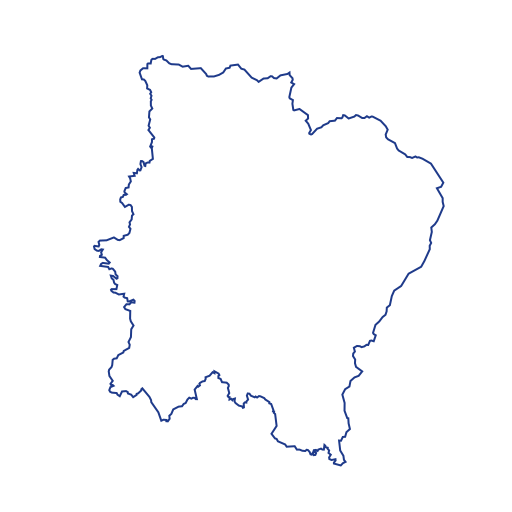 Lac Duong, Lâm Đồng, Vietnam (Albers equal-area conic projection), rotated 287°
{"feature_id": "81297802B90979220295161", "entity_name": "Lac Duong", "entity_type": "district", "adm_level": 2, "iso_a3": "VNM", "parent_name": "Vietnam", "parent_adm1": "Lâm Đồng", "projection": "albers", "projection_center": [108.454, 12.138], "detail": "fine", "context": "isolated", "style": "outline", "palette": "blue", "viewbox_px": 512, "rotation_deg": 287, "n_neighbors": 0, "source": "geoboundaries", "source_scale": "gbopen_adm2", "svg_char_len": 6045}
<svg xmlns="http://www.w3.org/2000/svg" viewBox="0 0 512 512"><g transform="rotate(287 256 256)"><path d="M441.2,234.4L439.3,232.9L435.9,226.6L431.8,223.8L431.4,221.2L432.5,218.8L432.2,217.4L429.4,215.2L427.9,211.3L423.3,207.6L424.4,205.5L425.3,199.7L430.9,190.4L430.8,187.2L433.8,182.8L430.6,175.9L428.3,175.7L426.5,172.4L421.9,171.0L418.4,167.7L415.4,163.3L413.7,157.9L414.0,156.3L415.4,155.2L419.5,148.3L415.9,139.2L418.1,135.6L415.6,130.5L416.5,126.2L414.7,119.0L414.9,116.7L416.8,113.1L416.9,110.5L417.3,109.7L419.9,108.5L419.9,107.9L418.2,106.2L417.3,104.0L415.0,101.9L414.2,99.3L412.9,98.6L409.3,99.0L408.6,96.5L407.8,96.0L403.7,97.2L402.5,93.1L399.6,91.2L397.3,91.1L391.6,95.3L392.0,97.1L391.1,98.9L387.5,102.1L384.4,102.9L383.9,106.1L382.0,107.9L380.2,107.4L378.7,109.2L376.0,109.2L374.8,110.5L373.2,110.2L369.1,111.5L366.7,113.7L363.1,111.8L357.3,113.1L355.7,114.9L349.2,115.2L347.6,117.0L345.0,116.3L339.6,124.1L338.4,124.2L337.2,122.4L334.5,123.2L329.7,122.8L329.1,123.7L330.5,124.0L330.4,124.9L328.7,124.8L318.7,129.0L315.9,126.6L314.2,126.8L313.7,125.0L312.3,123.4L309.7,123.8L309.7,123.0L313.0,120.9L313.5,119.2L313.1,118.2L310.1,118.6L307.5,120.6L304.1,120.4L303.8,119.8L304.8,117.8L303.8,117.4L300.3,117.9L299.7,114.8L297.2,116.5L294.9,111.4L293.4,113.0L290.7,114.5L287.2,113.5L284.3,114.1L282.9,111.5L279.4,111.2L278.3,111.9L277.3,114.4L276.5,113.8L275.7,111.6L273.6,111.4L272.5,109.7L270.4,109.6L268.2,110.4L267.5,112.5L264.6,116.3L267.9,119.4L268.0,121.2L266.6,123.0L262.7,124.3L260.1,126.6L258.4,125.6L254.6,126.4L251.2,125.2L249.4,126.3L246.7,126.0L245.3,128.0L241.0,128.2L238.8,127.1L236.6,123.6L234.4,124.2L231.3,121.0L231.0,119.1L232.2,114.7L227.3,108.5L225.1,102.2L223.4,101.3L220.8,102.9L219.1,102.7L218.5,98.6L217.7,98.3L215.4,99.7L214.6,102.4L214.9,104.2L217.2,106.1L217.4,107.6L214.3,106.8L212.1,108.2L210.5,106.8L209.4,107.0L210.3,112.2L208.4,114.7L207.0,118.0L205.6,117.4L204.6,111.5L203.1,110.2L201.0,109.9L202.3,117.8L200.5,119.6L201.9,121.6L201.9,122.8L199.9,125.9L197.4,127.1L196.2,129.5L194.2,130.0L193.5,129.3L195.1,125.2L194.8,122.9L192.4,124.6L191.6,126.6L189.0,128.1L188.0,129.5L187.7,131.8L183.5,132.2L182.1,127.6L181.3,127.2L180.4,127.9L179.4,130.4L179.8,132.2L179.1,136.1L181.4,141.0L178.4,141.2L177.8,142.5L178.0,145.1L175.1,146.6L175.4,147.9L178.4,151.5L177.5,153.1L175.8,153.4L175.3,150.3L172.8,149.1L172.0,146.2L168.6,144.8L167.0,146.6L166.7,151.8L159.3,153.9L156.9,155.4L153.7,159.2L149.5,158.1L141.9,160.1L136.5,159.2L134.2,161.2L131.0,161.6L126.6,157.3L124.9,157.3L121.0,153.3L117.4,152.7L116.3,150.3L114.8,149.3L109.6,150.4L107.5,150.3L104.4,148.8L102.6,148.9L98.4,150.9L94.7,155.5L91.2,154.2L90.4,154.9L90.7,156.7L90.2,157.7L88.0,155.1L84.8,154.9L83.5,156.2L83.2,158.1L84.2,162.8L82.9,164.1L82.1,166.7L87.3,167.5L88.8,171.2L88.4,173.1L87.1,173.7L86.9,177.2L85.1,179.8L88.2,182.4L89.3,182.2L90.1,183.4L93.9,185.6L95.0,185.3L96.2,186.0L90.1,195.3L87.5,197.8L85.6,198.6L78.0,208.3L70.8,213.6L72.4,215.4L73.0,218.3L71.8,218.6L72.1,220.0L75.1,221.0L77.9,219.8L80.2,221.2L85.1,221.7L89.3,226.0L90.7,229.2L93.4,230.1L94.8,231.7L98.7,232.4L101.0,233.6L100.7,235.9L102.0,237.2L102.4,238.8L101.5,240.3L101.8,241.3L110.3,236.4L114.6,238.1L114.1,238.9L115.9,240.2L117.2,239.2L118.2,239.5L120.4,241.5L121.4,243.5L123.8,243.8L125.3,243.2L127.9,246.6L132.2,248.5L131.8,250.5L133.6,249.9L132.6,254.6L131.4,255.8L130.2,255.1L128.3,255.7L128.1,258.1L125.4,260.4L126.3,265.0L125.1,267.4L123.7,268.0L121.6,267.7L117.1,270.5L113.9,269.8L113.1,270.8L113.3,272.0L111.0,272.6L112.2,273.9L111.2,275.5L112.4,275.8L113.5,277.5L110.7,277.9L109.4,279.4L107.9,283.4L108.1,286.8L107.0,287.9L107.7,288.7L111.3,287.4L112.7,288.1L113.0,289.6L113.9,289.3L116.4,290.4L119.8,288.1L122.1,288.3L122.4,290.0L120.9,292.0L120.5,296.1L121.5,296.7L121.0,298.4L122.9,299.8L123.1,301.3L122.5,305.5L121.5,306.8L120.2,311.5L119.0,311.8L118.9,313.8L113.7,317.7L112.4,317.7L112.5,318.8L111.2,319.0L110.5,320.5L99.5,325.4L90.5,322.8L87.1,327.5L87.1,329.2L85.2,331.1L84.3,339.0L82.6,341.1L85.4,348.6L82.8,351.7L83.6,354.2L83.3,357.2L83.9,360.1L85.5,361.1L85.6,362.4L84.3,364.6L82.3,366.1L82.3,367.2L84.3,367.8L82.4,369.3L83.1,370.9L85.1,371.1L86.0,370.3L85.0,368.1L87.2,368.1L88.1,370.0L87.6,371.9L89.1,372.2L90.8,374.5L90.3,376.0L90.7,377.5L95.3,376.7L94.8,377.8L93.5,378.3L93.6,380.6L92.7,380.7L91.4,382.8L88.9,382.9L87.8,385.6L84.8,384.8L83.3,385.5L83.0,387.9L84.9,391.4L83.7,391.9L81.2,390.9L80.3,391.2L80.5,398.3L83.3,399.7L85.3,401.8L86.8,399.7L90.5,398.0L94.6,393.4L103.8,389.4L104.2,391.3L108.3,391.9L109.2,394.1L114.0,394.0L118.0,396.4L123.0,393.5L127.8,391.7L127.7,390.6L133.9,385.9L141.4,383.7L148.7,379.1L154.7,380.2L158.5,383.5L164.1,382.9L168.7,385.7L171.4,389.2L176.7,391.3L179.2,384.1L182.4,382.0L186.0,381.1L188.7,378.0L191.2,377.5L193.5,378.5L196.9,376.4L199.5,378.9L200.1,381.8L199.7,383.6L201.2,386.0L203.4,387.7L203.7,389.3L208.2,389.8L208.9,391.0L208.9,393.5L215.2,393.7L215.7,391.5L216.7,390.4L225.1,390.4L229.4,393.0L234.6,394.9L237.6,397.0L241.2,397.1L244.9,396.2L248.1,398.4L257.4,397.6L263.3,398.3L269.8,403.6L283.7,407.1L294.0,417.1L300.5,418.5L313.3,420.2L316.6,419.1L319.7,419.7L322.0,417.7L330.4,417.1L334.5,415.3L338.7,417.8L342.8,419.1L358.6,420.9L362.3,418.7L365.9,417.6L373.7,409.2L376.3,412.8L380.9,413.7L395.5,396.3L397.7,386.8L398.0,382.8L397.3,381.3L397.8,379.4L395.4,376.6L395.6,374.3L394.9,371.7L396.8,369.0L398.6,361.6L400.0,359.5L404.6,355.9L406.2,348.1L407.5,345.8L410.1,344.5L415.3,345.0L418.0,342.2L421.8,335.6L423.4,326.8L423.2,325.7L421.4,323.8L422.1,321.2L419.7,319.4L419.0,317.2L420.2,312.5L420.0,310.4L418.1,309.3L414.6,304.4L416.4,299.8L416.2,298.2L413.6,298.1L412.7,297.5L411.6,293.1L408.5,291.9L406.4,287.0L404.2,286.2L400.7,282.1L398.2,280.9L395.6,277.2L389.0,274.0L388.3,273.1L388.5,271.3L389.1,270.9L392.5,271.7L397.8,267.3L399.9,264.0L402.7,265.6L405.9,264.5L409.3,254.6L406.4,249.9L406.6,249.0L412.2,246.3L415.9,245.7L416.6,242.2L417.7,241.4L427.4,240.6L431.5,242.2L432.2,239.0L435.2,239.6L436.7,238.9L438.8,235.3L441.2,234.4Z" fill="none" stroke="#1e3a8a" stroke-width="2"/></g></svg>